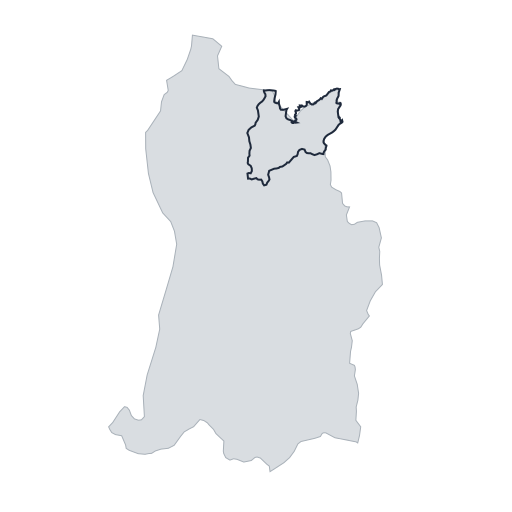 Burgas highlighted on a map of Bulgaria, rotated 276°
{"feature_id": "BGR-2254", "entity_name": "Burgas", "entity_type": "Province", "adm_level": 1, "iso_a3": "BGR", "parent_name": "Bulgaria", "parent_adm1": "", "projection": "natural_earth1", "projection_center": [27.462, 42.445], "detail": "fine", "context": "in_parent", "style": "outline", "palette": "slate", "viewbox_px": 512, "rotation_deg": 276, "n_neighbors": 0, "source": "natural_earth", "source_scale": "10m", "svg_char_len": 5490}
<svg xmlns="http://www.w3.org/2000/svg" viewBox="0 0 512 512"><g transform="rotate(276 256 256)"><path d="M430.6,322.2L421.3,320.7L418.1,321.1L416.0,323.3L411.7,322.8L406.4,322.8L400.8,325.3L397.7,326.3L393.6,324.1L386.0,317.4L381.3,312.7L377.9,311.5L374.4,312.9L361.9,314.5L359.0,317.2L353.3,320.2L347.5,321.7L339.2,322.7L334.8,322.5L332.4,324.0L330.3,328.4L328.9,332.7L327.6,334.5L317.3,336.6L315.0,339.1L314.4,341.5L314.6,343.9L306.3,341.6L299.9,343.2L298.4,345.0L297.1,347.7L297.8,350.5L300.1,353.3L302.3,360.8L303.1,368.2L301.7,372.5L297.0,375.5L287.1,378.8L277.6,377.2L273.4,378.6L266.4,379.0L259.9,379.9L249.9,382.9L240.9,384.7L232.9,378.5L223.3,374.3L213.3,371.7L209.8,373.6L208.2,375.0L199.9,369.5L196.1,367.6L194.3,365.4L190.9,358.1L188.8,357.9L181.8,360.6L175.2,360.5L171.1,360.0L159.1,360.3L157.5,365.3L156.0,366.1L153.4,366.7L147.0,366.4L138.9,370.1L130.1,372.4L123.3,372.4L116.3,371.4L112.1,372.1L103.0,372.5L97.1,378.0L88.2,377.7L80.7,376.7L81.6,375.0L83.5,353.5L87.4,343.9L87.3,341.9L86.5,340.4L83.2,338.9L80.9,333.7L76.2,320.1L73.5,317.3L65.7,314.4L59.0,310.5L53.3,305.3L43.0,292.5L48.4,291.2L50.0,288.6L55.5,281.5L56.2,278.1L55.6,276.1L52.1,272.7L49.8,265.4L51.8,258.4L52.0,254.9L50.3,251.4L52.3,247.0L56.1,244.6L58.5,243.9L68.6,243.4L75.2,234.7L79.1,231.9L83.2,226.9L85.0,225.1L86.9,221.3L87.5,217.3L79.7,211.8L77.0,207.6L73.6,203.0L68.8,199.9L59.2,194.4L55.6,188.9L54.0,181.7L51.6,176.3L48.8,172.8L48.3,169.9L47.2,166.4L47.1,159.5L49.5,150.2L51.1,147.0L54.4,146.1L63.2,141.2L63.7,134.9L65.3,131.0L68.1,128.8L70.7,127.3L75.4,130.9L86.8,136.7L92.4,141.0L92.0,143.6L89.4,146.2L84.3,148.7L81.3,152.1L80.4,156.3L81.1,159.2L84.6,161.8L105.4,158.4L126.4,160.2L154.5,165.9L173.2,167.9L187.1,165.3L212.6,170.1L236.5,174.5L259.4,175.9L272.2,172.3L281.3,167.6L289.1,158.7L308.3,147.0L326.8,140.4L351.1,135.1L367.4,133.3L369.6,135.1L390.3,145.9L399.5,145.9L406.9,147.8L409.6,150.7L411.5,151.4L421.4,148.7L425.8,154.6L432.6,162.9L444.3,167.1L454.7,169.5L458.0,169.9L469.0,169.7L467.5,190.4L461.0,200.0L451.0,196.8L438.4,199.5L431.7,210.4L427.9,213.7L424.5,217.5L422.3,231.7L421.9,255.0L417.1,257.8L412.6,258.7L394.3,279.2L404.9,285.0L409.6,289.4L417.3,301.6L428.4,315.4L430.6,322.2Z" fill="#d9dde1" stroke="#a8b0b8" stroke-width="1"/><path d="M398.5,328.0L397.6,327.4L396.0,325.3L395.0,324.4L389.9,321.8L388.3,320.4L386.8,318.8L383.9,314.6L382.0,312.8L379.8,311.6L377.4,311.1L376.0,311.3L375.1,311.9L373.6,313.8L373.4,314.2L373.3,314.5L373.0,314.6L371.4,314.2L369.8,314.1L369.1,314.2L368.0,313.4L366.9,312.8L365.6,312.4L364.4,312.4L364.4,311.5L364.9,308.3L363.5,306.0L362.5,303.6L363.2,301.1L363.9,299.4L363.7,297.9L363.7,295.9L364.6,294.4L366.9,293.2L367.3,290.5L366.0,288.1L363.9,286.9L361.8,286.8L359.8,286.2L359.1,284.7L358.5,283.2L352.3,278.9L352.3,277.2L350.8,276.4L348.1,273.3L347.6,272.5L347.4,271.4L346.9,270.2L346.0,269.5L345.2,267.3L344.7,264.9L342.1,260.2L338.1,259.6L335.8,260.7L333.5,261.4L331.8,260.6L330.2,259.5L328.0,258.9L327.1,256.7L328.8,255.2L330.9,254.5L332.5,253.2L332.2,251.0L332.4,249.5L333.5,248.2L332.7,246.0L331.7,243.7L332.4,241.7L332.1,240.0L337.1,238.9L337.8,240.2L337.7,242.1L340.1,243.0L342.8,242.6L345.1,241.3L346.5,238.7L347.7,238.0L349.1,238.1L352.9,237.8L355.1,239.1L357.3,238.7L360.0,238.6L362.9,239.6L366.2,238.8L369.4,237.4L373.3,236.6L377.4,234.5L380.7,235.5L383.4,237.9L385.5,241.1L386.9,241.6L388.5,241.7L391.6,243.5L395.0,244.2L401.0,242.7L403.6,241.3L405.4,241.8L407.2,242.8L408.8,244.2L410.3,245.9L412.0,247.1L413.9,248.0L415.9,248.8L417.9,248.4L419.4,247.2L421.0,246.5L421.5,246.5L421.5,247.9L422.0,249.8L422.4,252.0L422.4,256.1L422.3,257.8L422.1,258.4L418.6,258.5L414.9,258.0L411.9,257.9L411.2,258.0L410.7,258.5L410.3,259.7L410.1,260.7L410.1,261.4L410.6,262.1L411.7,262.6L409.9,262.9L406.9,264.1L405.4,264.4L404.1,265.4L404.2,267.6L405.0,270.0L405.6,271.5L404.5,271.0L398.1,270.8L396.1,271.9L395.2,273.7L394.8,275.8L394.0,277.9L392.8,277.4L392.1,278.2L392.2,279.5L393.0,280.3L392.8,280.9L392.7,281.3L393.0,282.6L393.2,282.0L393.3,281.9L393.0,281.5L393.5,279.7L395.6,281.9L396.3,282.0L397.1,281.3L397.7,280.3L398.4,279.9L399.6,280.9L400.2,280.0L400.8,280.1L401.3,280.6L401.9,280.9L402.8,280.7L403.5,280.3L404.2,280.0L405.1,280.3L405.1,280.7L405.0,280.8L404.9,280.8L404.7,280.9L405.1,282.4L405.7,283.5L406.8,283.7L408.4,282.6L408.6,283.4L408.9,283.9L409.5,284.0L410.3,283.8L410.3,284.4L409.9,284.6L408.9,285.0L409.4,285.9L409.7,286.1L410.3,286.2L409.7,287.1L409.6,288.2L410.0,289.4L410.8,290.3L411.8,290.7L412.6,290.6L413.4,290.4L414.5,290.3L414.5,290.9L414.1,291.3L414.1,291.8L414.4,292.3L415.0,292.7L413.3,294.1L412.5,295.7L412.8,297.3L414.5,298.6L414.2,298.8L414.1,299.2L416.5,300.7L416.9,301.3L417.2,301.9L418.0,302.7L418.9,303.5L419.7,303.9L419.6,304.2L419.4,304.9L419.2,305.1L421.3,306.2L421.8,306.8L423.0,309.2L426.7,311.4L427.1,312.2L427.7,313.0L428.6,313.3L428.4,314.3L428.7,315.1L429.4,315.7L430.0,316.2L430.1,316.7L430.0,316.8L429.8,316.8L429.6,316.9L430.4,317.7L430.9,318.8L431.0,320.0L430.5,321.0L430.7,321.9L428.3,321.4L427.2,321.1L423.9,321.4L423.0,321.1L421.2,320.3L419.5,319.9L418.8,319.9L417.5,320.1L417.2,320.0L417.0,319.9L416.7,320.0L416.4,320.1L416.2,320.9L416.2,322.1L416.1,323.0L417.1,323.6L416.9,324.1L416.1,324.4L415.2,324.5L414.3,324.2L410.7,322.3L408.2,322.2L402.8,323.5L402.7,324.4L402.4,324.8L402.1,324.8L401.6,324.4L401.0,325.1L400.3,325.6L398.8,326.0L399.1,326.4L399.3,326.5L399.5,326.6L399.3,326.8L398.9,327.0L398.7,327.2L399.6,327.6L398.5,328.0Z" fill="none" stroke="#1e293b" stroke-width="2"/></g></svg>